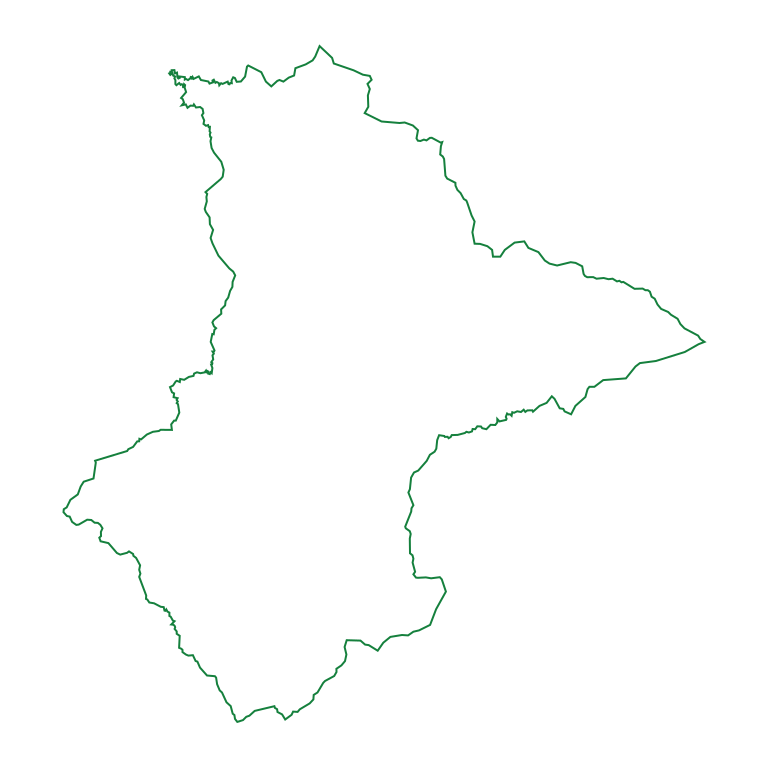 Villanueva, Bolívar, Colombia
{"feature_id": "7082276B78136311282892", "entity_name": "Villanueva", "entity_type": "district", "adm_level": 2, "iso_a3": "COL", "parent_name": "Colombia", "parent_adm1": "Bolívar", "projection": "orthographic", "projection_center": [-75.277, 10.445], "detail": "fine", "context": "isolated", "style": "outline", "palette": "green", "viewbox_px": 768, "rotation_deg": 0, "n_neighbors": 0, "source": "geoboundaries", "source_scale": "gbopen_adm2", "svg_char_len": 6017}
<svg xmlns="http://www.w3.org/2000/svg" viewBox="0 0 768 768"><path d="M442.2,142.1L440.7,142.6L431.8,137.8L429.9,137.9L426.5,140.4L423.9,139.6L420.4,141.0L417.9,140.7L416.5,138.4L418.0,130.2L412.9,125.5L404.7,122.5L399.5,123.0L381.6,121.5L364.7,113.1L368.3,106.8L367.9,95.4L369.8,89.0L367.5,83.9L371.6,79.8L369.8,75.9L362.9,74.7L353.6,70.3L333.8,63.5L332.1,57.9L319.6,46.1L315.2,56.6L312.6,60.4L305.7,64.4L295.4,68.2L294.1,75.5L288.8,77.6L283.4,81.6L279.5,80.0L277.3,80.9L271.3,86.4L265.9,81.6L261.3,72.2L248.2,65.5L247.0,66.6L245.1,76.6L240.9,81.5L236.7,81.8L234.9,78.0L233.2,77.3L231.5,80.5L231.8,83.2L230.2,83.0L229.5,84.3L228.5,84.1L227.7,81.6L222.6,83.9L221.1,83.2L219.3,85.3L218.9,83.2L216.8,82.0L215.4,82.8L213.8,79.7L212.5,80.5L212.9,82.4L209.5,83.6L208.4,81.5L200.9,80.0L198.8,76.4L193.6,78.9L192.6,77.0L191.8,78.7L191.0,78.5L191.0,76.1L190.5,78.1L188.0,80.1L185.9,78.9L184.8,79.5L184.8,77.1L178.9,76.4L179.7,77.8L178.4,78.5L177.5,77.6L177.0,72.6L175.0,73.4L174.4,70.1L171.7,70.2L171.8,71.6L170.3,71.7L170.3,72.9L169.2,73.4L170.3,74.9L172.5,73.2L173.2,75.6L175.1,76.5L174.4,78.4L175.4,80.1L175.4,84.1L176.4,85.2L179.2,83.0L180.6,84.9L181.8,84.2L182.9,85.0L183.1,87.1L183.7,87.1L184.1,84.2L185.1,85.1L184.6,87.5L186.1,92.1L181.1,98.0L182.8,99.2L184.0,102.6L181.8,105.3L185.8,104.4L187.5,107.8L190.5,105.6L193.2,105.8L193.9,104.4L196.0,107.5L200.1,107.0L202.6,108.9L203.4,113.1L201.9,115.2L204.2,120.4L203.5,123.9L206.0,125.8L208.1,125.1L208.7,127.1L209.9,126.9L209.6,131.3L210.5,132.6L209.8,134.4L210.2,136.8L211.3,137.4L210.5,141.2L211.6,148.0L214.0,152.6L221.3,161.8L223.7,169.8L222.7,176.7L220.8,179.0L205.5,192.1L207.2,193.9L206.4,197.0L206.8,201.4L204.7,208.9L205.8,211.9L209.6,217.4L209.9,224.2L213.1,229.9L210.6,238.0L212.5,243.4L218.4,255.6L229.3,268.4L233.2,271.6L235.2,275.4L232.6,281.9L232.4,286.9L230.1,290.9L228.2,297.6L225.6,301.1L225.1,305.4L221.1,309.4L221.3,313.7L213.7,320.1L212.4,322.4L214.0,326.4L216.1,328.2L214.4,329.9L213.7,334.3L212.3,334.0L210.7,341.9L214.5,350.5L214.0,351.5L212.5,351.5L213.8,353.7L212.5,355.3L213.2,359.4L211.3,362.1L212.4,363.1L212.1,364.3L211.1,364.5L212.4,368.0L211.7,373.2L210.6,372.2L209.8,374.1L208.2,373.6L208.4,371.6L207.5,371.1L207.2,372.5L206.4,372.4L205.9,370.7L204.6,372.4L200.4,373.2L197.0,372.3L194.1,373.6L193.5,375.9L188.9,376.9L184.2,379.8L180.2,379.0L179.8,382.0L176.8,380.8L175.7,381.5L173.1,385.5L170.0,387.1L172.0,392.3L174.1,393.4L173.6,397.2L177.6,398.2L176.6,399.9L177.8,401.5L176.7,403.1L178.0,404.2L179.3,412.6L175.8,420.6L174.1,420.6L171.2,424.4L171.9,429.9L160.6,429.8L158.9,431.0L152.9,431.8L146.9,434.5L141.1,439.4L139.4,438.8L139.2,441.3L137.2,441.4L133.1,446.9L128.3,449.2L127.2,451.0L95.1,460.7L95.8,462.6L93.5,478.5L83.7,481.7L80.7,486.5L77.8,494.4L70.4,499.8L66.7,507.4L63.8,509.2L63.5,512.2L66.9,516.0L69.7,516.6L72.1,521.9L76.3,524.9L78.7,524.6L87.2,519.7L91.3,520.0L94.6,522.7L97.9,522.9L100.3,524.8L102.5,528.3L100.9,531.9L101.0,536.1L99.3,537.7L100.6,541.3L108.4,543.1L116.9,553.0L120.2,554.6L127.1,552.8L129.0,551.4L133.1,554.0L133.4,555.8L136.1,557.9L140.1,565.3L139.2,569.8L140.4,573.6L139.2,576.9L146.2,595.5L146.0,598.9L147.3,599.5L149.3,602.5L154.1,603.3L160.8,606.8L163.7,607.1L164.5,610.6L165.4,610.8L166.3,609.4L167.5,611.6L169.4,612.6L169.4,616.0L170.7,616.7L172.8,620.5L174.5,621.2L171.3,624.5L173.5,624.8L174.6,625.8L175.2,627.2L174.6,628.9L176.7,631.4L176.7,633.8L179.7,635.8L179.1,647.8L181.4,648.8L182.5,649.9L182.5,652.1L186.0,654.6L188.4,655.6L192.9,655.2L195.6,661.0L197.4,661.6L200.0,667.6L207.0,675.5L214.9,676.2L216.1,677.6L217.1,684.2L219.7,690.4L222.0,692.5L226.5,702.3L230.7,706.1L232.7,713.7L234.4,715.0L235.0,718.9L237.3,721.9L243.0,720.1L246.3,716.8L249.4,715.7L254.7,710.9L274.4,706.2L274.9,707.9L277.1,709.2L277.5,712.0L282.1,714.4L285.2,719.5L291.6,714.8L293.1,711.6L297.6,711.9L299.8,709.3L309.7,703.4L313.4,699.4L313.7,694.9L317.5,692.5L323.2,682.9L325.0,681.0L334.2,676.0L336.5,672.0L336.4,668.8L341.4,665.4L345.0,661.1L346.4,654.5L344.6,647.0L346.7,640.2L360.5,640.6L365.1,644.6L368.7,645.1L377.7,650.7L383.3,642.7L390.4,636.9L402.0,635.0L408.1,635.4L413.4,631.7L419.0,630.4L430.1,624.9L436.1,609.2L445.9,591.6L441.8,579.4L439.8,577.2L431.1,578.3L425.9,577.4L417.8,577.8L416.0,577.6L413.4,574.3L415.1,571.8L412.6,562.6L413.4,558.7L412.5,555.3L410.0,553.3L409.8,538.5L410.7,534.0L409.8,531.2L405.8,528.3L405.2,526.7L411.2,511.6L411.5,508.3L413.4,505.2L408.4,492.5L409.9,489.2L411.1,477.6L414.0,472.5L418.2,470.6L426.7,460.9L429.9,454.8L434.6,451.7L436.3,448.7L437.2,440.1L439.1,435.2L444.3,436.0L444.8,436.9L447.6,436.8L448.6,438.2L450.7,437.0L451.7,435.1L457.7,434.9L464.9,433.0L466.4,431.8L468.9,432.5L472.0,431.4L472.6,429.0L475.2,429.2L477.3,426.3L481.0,426.5L482.2,428.2L486.4,429.2L490.6,424.8L495.3,425.0L497.3,422.4L497.3,419.0L499.5,421.4L506.1,419.9L506.6,418.8L505.8,416.9L507.1,413.5L508.5,414.5L510.1,414.3L511.6,415.8L512.3,412.2L514.0,412.8L517.2,411.3L521.0,412.0L523.7,409.7L525.3,411.9L527.4,410.4L532.3,410.3L533.0,411.7L539.5,405.9L546.6,402.9L551.8,396.3L554.5,398.8L559.7,408.3L563.3,408.9L564.6,411.4L571.1,414.3L575.4,405.9L585.4,397.0L587.6,389.1L589.4,386.8L594.4,386.8L603.2,380.1L625.9,378.4L635.5,366.5L639.9,363.1L655.9,361.0L684.8,352.0L698.6,344.2L704.5,341.9L700.3,339.0L698.1,335.6L684.5,328.4L680.4,324.1L677.6,318.8L670.9,314.7L668.2,312.0L661.1,308.9L657.5,304.5L654.7,298.7L651.6,296.7L649.9,291.7L647.8,290.2L645.4,290.2L642.7,288.6L634.5,288.8L623.3,281.9L621.5,282.3L619.4,280.8L617.0,281.4L612.6,278.7L608.5,279.2L603.7,278.0L596.5,278.7L593.2,277.1L587.2,277.2L584.9,275.9L583.6,273.9L582.2,266.3L575.6,262.9L570.7,262.2L557.1,265.5L549.5,263.6L544.8,260.5L538.4,252.1L528.4,247.9L524.3,241.4L514.6,242.6L504.8,249.9L500.3,256.7L493.0,256.7L492.1,249.9L487.4,246.2L480.1,243.9L474.6,243.7L472.4,232.3L474.6,221.5L471.6,215.5L467.1,202.3L466.3,200.5L463.8,199.0L460.6,193.1L457.4,189.9L455.5,185.7L455.4,182.8L447.2,178.6L445.4,175.7L444.1,159.0L442.8,156.5L440.2,154.5L440.9,146.2L442.2,142.1Z" fill="none" stroke="#15803d" stroke-width="2"/></svg>